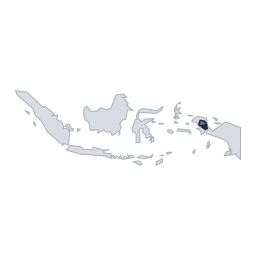 location of Teluk Bintuni, Papua Barat, Indonesia
{"feature_id": "22746128B11480476919105", "entity_name": "Teluk Bintuni", "entity_type": "district", "adm_level": 2, "iso_a3": "IDN", "parent_name": "Indonesia", "parent_adm1": "Papua Barat", "projection": "albers", "projection_center": [133.559, -2.087], "detail": "fine", "context": "in_parent", "style": "filled", "palette": "slate", "viewbox_px": 256, "rotation_deg": 0, "n_neighbors": 0, "source": "geoboundaries", "source_scale": "gbopen_adm2", "svg_char_len": 6431}
<svg xmlns="http://www.w3.org/2000/svg" viewBox="0 0 256 256"><path d="M86.7,106.0L91.1,111.6L97.5,110.7L100.7,108.0L106.4,109.5L110.8,108.3L116.3,94.9L123.3,94.1L126.6,97.2L123.1,97.6L128.2,103.9L126.8,105.3L132.8,110.3L127.5,109.8L125.9,119.0L121.9,120.4L119.7,124.0L121.1,126.6L119.7,130.6L112.1,135.9L110.3,131.3L107.2,132.4L103.9,129.9L98.2,133.1L97.3,129.8L90.3,130.4L88.8,122.1L85.2,119.9L83.5,114.2L84.0,108.6L86.7,106.0ZM15.4,90.7L26.8,92.1L41.9,106.3L43.8,107.4L44.5,105.9L54.5,113.8L52.2,115.7L57.7,115.2L56.6,119.4L61.2,121.6L63.7,126.7L62.8,129.2L66.4,128.0L69.7,131.5L68.6,144.8L63.1,143.5L63.0,145.4L47.9,132.4L41.3,121.1L35.5,115.5L32.5,108.2L17.2,95.0L15.4,90.7ZM240.6,127.6L240.4,159.4L235.7,154.9L236.3,153.6L230.3,155.1L231.3,151.9L229.6,150.2L230.2,150.0L231.2,150.1L231.7,150.0L228.9,148.7L230.2,148.3L227.7,142.5L222.5,138.9L206.4,133.4L205.7,129.6L203.6,133.8L201.2,134.5L200.4,130.8L196.6,128.3L205.0,127.5L206.1,125.0L198.2,125.7L196.4,122.3L191.8,121.7L193.1,118.9L198.6,116.4L206.4,118.3L207.5,126.0L212.6,131.2L225.2,122.0L240.6,127.6ZM161.8,110.0L156.2,113.4L140.6,112.4L138.7,113.7L138.1,117.8L141.2,121.7L145.6,119.0L154.7,118.7L144.5,124.2L149.2,129.2L149.0,132.7L152.1,136.4L145.8,138.3L145.9,135.0L142.4,132.3L143.1,128.5L141.2,128.1L139.2,129.5L140.2,142.4L136.0,142.6L136.2,134.8L135.4,132.3L132.5,131.8L132.0,128.5L135.4,119.5L137.1,119.3L136.4,115.5L139.1,110.3L143.0,108.5L157.1,110.7L162.8,106.6L161.8,110.0ZM70.2,145.3L81.2,146.8L83.0,149.2L91.5,149.8L93.5,147.2L101.8,149.5L104.2,153.1L111.0,153.6L110.9,156.6L111.9,158.4L105.4,156.1L79.4,153.9L66.3,149.9L70.2,145.3ZM175.7,110.6L180.4,107.0L178.3,111.1L181.5,113.7L176.5,113.3L179.2,119.1L175.6,115.9L174.2,109.2L177.2,104.0L175.7,110.6ZM178.1,128.8L189.7,130.0L190.9,133.6L186.2,131.0L179.7,131.6L177.8,130.2L176.7,131.9L178.1,128.8ZM151.9,157.1L143.4,158.7L137.4,157.6L141.3,155.4L149.6,157.2L152.5,154.6L151.9,157.1ZM127.3,155.1L133.0,155.7L134.1,157.5L122.7,159.3L124.5,156.2L128.4,157.9L129.7,157.2L127.3,155.1ZM162.3,158.6L162.5,162.1L156.1,165.3L156.4,161.9L162.3,158.6ZM69.5,124.5L71.2,128.3L73.4,128.8L72.7,131.3L69.4,130.1L68.3,127.0L65.1,126.4L66.6,124.1L69.5,124.5ZM228.6,155.2L224.3,155.8L226.4,151.8L229.7,150.9L230.8,152.4L228.6,155.2ZM138.4,160.9L141.1,162.6L142.3,164.5L139.6,165.1L133.3,161.7L138.4,160.9ZM171.6,129.9L173.4,132.6L170.7,133.5L167.6,131.5L167.8,130.0L171.6,129.9ZM111.3,155.4L117.4,156.5L114.7,158.7L111.3,155.4ZM120.7,155.5L121.7,158.8L118.1,158.3L120.7,155.5ZM80.3,129.3L77.4,131.8L77.6,128.7L80.3,129.3ZM209.3,141.3L210.0,145.5L208.6,145.7L207.5,142.6L209.3,141.3ZM109.3,149.6L104.7,150.9L102.7,150.2L109.3,149.6ZM153.6,137.2L153.7,141.0L151.0,142.7L152.0,137.5L153.6,137.2ZM25.1,110.5L29.4,112.6L28.9,114.6L25.1,110.5ZM35.8,125.9L34.2,125.1L33.3,122.0L34.6,121.9L35.8,125.9ZM193.5,153.8L192.5,152.3L195.0,149.5L194.9,152.0L193.5,153.8ZM188.7,115.0L193.4,116.1L188.0,115.7L188.7,115.0ZM159.5,123.0L163.9,124.0L159.1,124.0L159.5,123.0ZM151.6,139.1L149.3,141.0L151.3,137.5L151.6,139.1ZM213.3,117.9L215.8,118.2L218.1,120.0L215.9,120.5L213.3,117.9ZM171.4,152.3L169.8,153.7L166.5,153.9L167.4,152.3L171.4,152.3ZM209.1,146.2L208.1,148.2L206.9,148.1L207.0,145.0L209.1,146.2ZM177.8,122.9L175.0,123.2L174.1,122.5L175.4,121.3L177.8,122.9ZM213.7,122.5L217.3,122.8L220.7,123.5L217.4,124.0L213.7,122.5ZM152.1,120.7L155.1,122.0L152.1,122.7L152.1,120.7ZM180.1,103.8L178.1,103.5L180.0,102.0L180.1,103.8ZM159.6,156.0L162.9,154.9L163.3,155.6L159.6,156.0ZM188.6,123.0L188.1,124.7L185.6,123.8L186.9,123.3L188.6,123.0ZM120.0,133.7L118.8,135.0L119.7,131.2L120.0,133.7ZM174.9,116.3L176.5,118.7L175.9,119.1L173.6,117.2L174.9,116.3Z" fill="#d9dde1" stroke="#a8b0b8" stroke-width="1"/><path d="M204.9,129.4L205.1,129.4L205.4,129.4L205.8,129.1L206.9,128.7L207.1,128.6L207.3,128.6L207.2,128.2L207.1,127.9L207.0,127.6L206.9,127.5L206.9,127.4L206.8,127.0L206.9,126.6L206.8,126.0L206.7,125.4L206.6,124.5L206.3,124.5L205.9,124.6L205.9,124.4L205.9,124.2L205.7,123.8L205.7,123.5L205.7,123.3L205.8,123.1L205.9,122.8L205.8,122.5L205.6,122.5L205.3,122.5L204.9,122.5L204.8,122.4L204.9,122.2L204.8,121.6L204.8,121.3L204.6,121.3L204.2,121.2L203.7,121.0L203.3,120.9L203.0,120.9L202.8,120.8L202.1,120.7L201.6,120.6L201.3,120.5L200.9,120.5L200.6,120.4L200.3,120.4L200.2,120.4L200.2,120.5L199.6,121.6L199.5,122.5L199.4,122.8L199.3,123.0L199.2,123.2L199.1,123.5L199.0,123.8L199.0,124.0L199.0,124.3L199.1,124.8L199.2,125.1L199.4,125.4L199.6,125.4L199.7,125.5L199.8,125.6L199.8,125.8L200.0,125.9L200.3,125.8L200.4,125.7L200.7,125.7L200.8,125.6L201.0,125.7L201.1,125.8L201.3,125.8L201.5,125.9L201.7,125.7L201.8,125.6L202.1,125.6L202.4,125.4L202.5,125.4L202.7,125.5L202.8,125.5L202.9,125.4L203.0,125.4L203.1,125.5L203.4,125.5L203.5,125.5L203.9,125.6L204.0,125.6L204.3,125.6L204.4,125.4L204.5,125.3L204.5,125.5L204.8,125.6L204.9,125.4L205.1,125.4L205.2,125.2L205.2,125.3L205.3,125.3L205.5,125.2L205.8,125.0L205.8,124.9L206.0,125.0L206.2,124.9L206.2,125.0L205.9,125.3L205.8,125.5L205.6,125.5L205.4,125.6L205.5,125.8L205.8,125.9L206.2,125.9L206.2,125.7L206.3,125.3L206.2,125.3L206.3,125.3L206.3,125.5L206.3,125.8L206.2,125.9L206.2,126.0L205.9,126.0L206.0,126.3L206.4,126.4L206.5,126.4L206.4,126.4L206.1,126.4L205.9,126.4L205.7,126.5L205.3,126.5L205.2,126.6L205.3,126.6L205.2,126.7L205.3,126.7L205.3,126.8L205.5,126.8L205.5,127.0L205.3,127.0L205.2,126.9L205.0,127.0L204.9,127.2L204.7,127.1L204.5,127.3L204.4,127.2L204.2,127.2L204.2,127.3L204.1,127.1L204.0,126.9L203.9,127.0L203.7,127.1L203.8,127.2L203.8,126.9L203.7,126.9L203.7,127.0L203.4,126.9L203.2,126.7L202.8,126.5L202.7,126.5L202.4,126.6L202.2,126.6L202.0,126.8L201.9,126.9L201.8,127.0L202.6,127.6L203.4,128.3L203.5,128.3L203.7,128.5L204.0,128.7L204.5,129.1L204.8,129.2L204.9,129.4ZM204.0,126.5L204.0,126.4L203.9,126.4L203.8,126.5L204.0,126.6L204.0,126.8L204.0,126.7L204.1,126.8L204.4,127.0L204.4,126.9L204.5,126.9L204.4,126.6L204.2,126.6L204.0,126.5ZM205.6,125.4L205.8,125.4L205.9,125.2L205.7,125.2L205.5,125.3L205.6,125.4ZM205.3,125.4L205.2,125.3L205.1,125.5L205.3,125.5L205.4,125.3L205.3,125.4ZM203.3,126.5L203.2,126.5L203.3,126.7L203.3,126.8L203.4,126.7L203.3,126.5ZM205.3,125.7L205.2,125.6L205.0,125.8L205.1,125.7L205.3,125.7L205.3,125.7ZM205.0,127.1L204.9,126.9L204.8,127.0L205.0,127.1ZM204.7,126.9L204.7,127.0L204.7,126.9L204.7,126.9ZM203.8,126.8L203.7,126.8L203.8,126.9L203.8,126.8ZM206.2,125.0L206.2,124.9L206.1,125.0L206.2,125.0Z" fill="#64748b" stroke="#1e293b" stroke-width="1.5"/></svg>